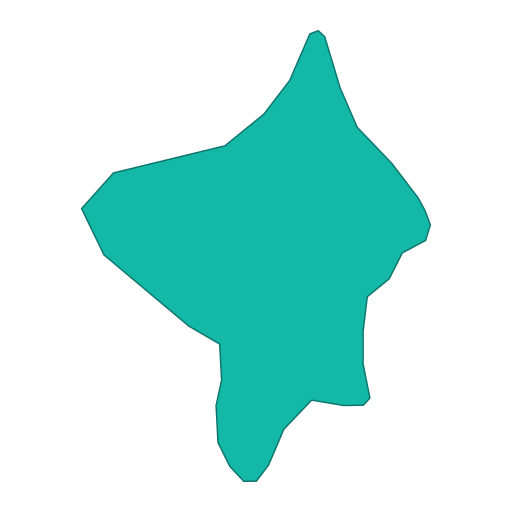 the border of Bishkek
{"feature_id": "KGZ-1115", "entity_name": "Bishkek", "entity_type": "Region", "adm_level": 1, "iso_a3": "KGZ", "parent_name": "Kyrgyzstan", "parent_adm1": "", "projection": "orthographic", "projection_center": [74.608, 42.858], "detail": "fine", "context": "isolated", "style": "filled", "palette": "teal", "viewbox_px": 512, "rotation_deg": 0, "n_neighbors": 0, "source": "natural_earth", "source_scale": "10m", "svg_char_len": 557}
<svg xmlns="http://www.w3.org/2000/svg" viewBox="0 0 512 512"><path d="M318.3,30.7L324.7,36.7L340.2,88.1L357.2,127.3L391.7,163.3L418.2,198.0L425.0,210.6L430.4,224.9L425.6,240.4L402.3,252.9L389.2,278.8L367.3,296.7L363.1,331.2L363.1,364.0L369.9,398.0L363.4,405.2L343.5,405.5L311.6,400.1L283.8,429.3L268.6,465.0L256.4,481.1L243.8,481.3L229.9,466.5L218.0,442.6L216.1,405.4L221.6,380.2L219.7,344.1L188.8,326.1L104.0,254.9L81.6,208.6L113.5,172.9L224.9,145.8L263.8,114.2L289.6,80.6L309.9,33.9L318.3,30.7Z" fill="#14b8a6" stroke="#0f766e" stroke-width="1.5"/></svg>